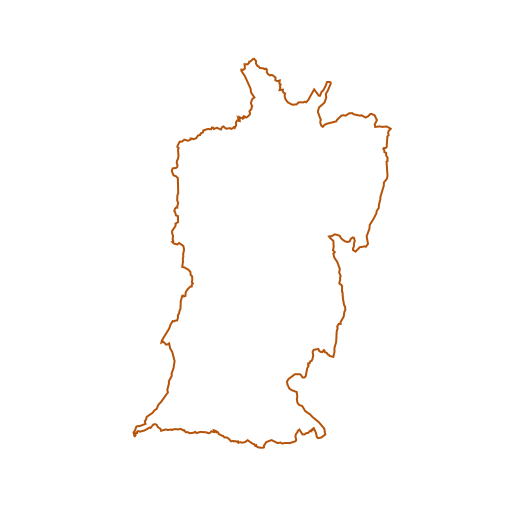 outline of Mawlaik, Sagaing, Myanmar, rotated 166°
{"feature_id": "60261553B47097675193132", "entity_name": "Mawlaik", "entity_type": "district", "adm_level": 2, "iso_a3": "MMR", "parent_name": "Myanmar", "parent_adm1": "Sagaing", "projection": "orthographic", "projection_center": [94.742, 23.948], "detail": "fine", "context": "isolated", "style": "outline", "palette": "amber", "viewbox_px": 512, "rotation_deg": 166, "n_neighbors": 0, "source": "geoboundaries", "source_scale": "gbopen_adm2", "svg_char_len": 6085}
<svg xmlns="http://www.w3.org/2000/svg" viewBox="0 0 512 512"><g transform="rotate(166 256 256)"><path d="M205.4,139.4L203.0,144.1L202.2,147.7L199.1,153.0L195.9,163.4L194.2,166.3L194.3,167.9L192.2,170.1L190.3,169.6L190.0,171.3L185.5,176.1L183.8,180.4L182.4,182.0L181.8,185.3L182.4,187.1L181.9,194.0L180.8,200.0L181.2,200.6L179.7,206.0L180.4,207.7L181.7,208.8L181.6,210.0L180.0,212.5L179.8,214.5L178.7,216.0L179.3,220.0L177.8,223.1L178.6,230.5L180.4,235.5L180.4,239.5L178.7,240.6L179.9,243.1L178.4,246.0L177.3,252.0L179.7,255.5L180.4,257.3L177.3,257.0L174.5,258.0L171.8,256.7L169.8,255.1L169.2,252.7L167.6,250.4L165.7,248.4L163.8,247.4L161.4,247.6L160.0,249.6L157.7,250.6L156.7,250.1L156.4,247.1L157.8,244.6L158.6,241.9L160.0,239.9L160.4,238.3L158.4,236.2L153.2,239.4L148.1,239.0L147.1,238.4L144.4,240.7L143.9,248.3L139.3,255.1L138.1,258.7L133.0,263.6L128.9,268.2L128.0,270.6L125.4,272.7L124.2,276.3L121.6,281.0L120.9,283.4L115.0,293.3L114.1,296.4L110.4,299.2L109.0,301.9L106.5,316.0L105.3,316.4L105.3,317.8L104.5,319.1L105.4,322.2L104.8,324.6L106.3,325.7L105.9,327.7L106.6,329.2L105.9,329.8L104.3,329.5L102.9,330.0L99.6,340.2L98.1,341.1L98.0,343.7L97.2,345.1L94.5,346.9L97.9,350.0L102.0,350.7L105.0,351.9L109.1,352.4L109.0,354.9L105.8,358.6L106.9,363.9L109.6,365.9L111.0,366.0L113.1,364.6L116.1,363.8L119.7,367.1L121.1,367.0L126.9,369.8L128.0,371.3L131.1,371.9L135.0,370.5L137.0,371.4L139.2,371.5L144.6,368.4L145.6,367.2L155.0,367.2L158.0,366.6L160.0,365.2L161.0,366.4L161.4,369.1L161.2,370.7L160.2,372.4L161.1,380.6L160.4,382.4L158.8,385.0L153.1,387.9L151.9,389.0L149.5,392.7L149.2,395.6L148.2,397.3L146.5,398.9L141.7,405.3L141.7,406.5L143.1,407.3L145.0,407.6L147.3,404.2L150.7,400.4L152.6,399.5L155.1,396.0L156.2,396.3L159.3,403.6L167.5,394.8L170.1,393.0L171.3,393.9L173.0,393.6L177.3,394.8L179.9,393.3L184.2,394.0L188.0,397.5L189.5,401.0L189.5,404.6L188.4,406.6L189.6,407.5L190.2,409.3L189.7,410.9L193.0,411.3L191.6,413.5L191.8,414.9L190.6,416.4L191.6,417.6L190.5,420.6L193.0,420.5L194.7,421.9L193.9,424.5L196.2,427.4L197.8,428.1L198.7,427.8L200.4,429.6L201.0,431.8L200.4,434.1L200.7,435.1L201.3,435.5L202.6,435.2L203.4,436.2L206.9,437.6L207.5,439.2L208.6,439.9L209.5,442.9L208.8,445.2L210.1,447.8L211.0,447.9L214.5,446.1L215.6,446.2L216.1,445.0L217.9,444.0L220.7,444.9L221.4,440.6L223.3,439.7L225.1,440.4L225.4,439.2L223.2,433.0L220.8,419.8L221.2,415.8L219.2,410.2L221.5,409.3L223.4,406.7L224.0,405.2L223.5,402.1L224.4,401.2L224.8,399.7L227.3,398.1L227.3,395.5L228.2,394.5L230.7,393.0L232.0,392.8L233.9,394.6L235.3,393.5L234.2,393.0L235.6,392.4L236.2,393.4L237.5,393.8L238.5,394.8L238.9,392.1L239.9,393.9L239.9,391.3L241.3,392.1L243.1,390.6L243.6,387.7L245.5,385.6L245.7,386.3L246.4,386.5L246.8,385.8L249.3,385.3L250.1,386.3L254.3,386.8L256.3,389.6L257.8,389.2L259.4,387.2L263.0,389.9L266.2,389.4L266.6,391.0L267.7,391.3L269.0,389.8L271.9,390.9L276.7,390.6L277.7,388.7L280.0,388.4L280.7,387.0L283.0,387.0L285.6,384.7L288.6,384.5L289.6,385.4L291.0,385.8L291.2,384.8L294.2,384.3L297.3,386.2L300.4,384.9L302.4,385.4L305.6,381.7L305.9,380.7L305.0,379.4L306.0,377.7L307.0,371.8L308.3,369.0L309.8,367.4L310.5,364.8L310.1,363.4L310.9,361.4L312.4,360.8L315.5,361.2L316.7,359.9L317.1,358.7L316.5,354.2L314.3,352.7L313.0,350.4L316.3,335.6L317.5,334.1L319.0,329.2L318.7,326.2L320.6,322.9L320.6,322.0L322.0,322.3L323.3,321.3L324.4,319.3L323.9,318.1L323.8,314.7L322.1,313.6L323.4,307.7L326.3,306.9L326.4,305.5L327.3,304.2L331.4,300.5L331.9,298.1L331.6,295.6L332.8,292.6L332.7,290.3L333.9,290.0L332.8,288.1L329.5,286.2L327.5,287.2L324.1,283.4L324.2,279.6L326.3,275.3L326.7,272.8L327.8,270.9L328.1,268.5L330.2,263.3L328.1,262.1L324.9,259.0L323.5,256.5L324.0,253.5L322.9,251.7L323.7,247.8L324.6,246.3L323.9,244.6L325.0,244.0L325.8,241.9L327.1,242.2L330.1,240.5L332.9,237.9L334.2,234.3L335.7,234.2L336.3,235.1L337.0,234.6L337.3,235.0L340.0,230.2L342.2,222.7L343.3,221.6L344.7,218.7L346.1,217.5L346.7,214.8L348.2,212.6L350.7,212.8L351.3,212.4L352.6,213.0L355.4,210.2L357.8,206.6L367.8,196.8L368.7,194.9L366.8,195.4L364.6,191.7L362.6,191.7L361.5,192.2L361.6,186.8L360.5,183.2L360.4,173.7L363.1,167.3L366.5,162.0L366.7,160.1L370.9,155.5L371.2,153.6L374.5,147.4L374.4,145.1L383.0,137.7L386.9,135.1L389.3,131.7L391.8,130.9L394.4,128.8L400.9,126.4L402.5,123.6L403.9,122.6L403.8,119.9L409.8,119.1L412.4,119.6L413.4,119.3L416.0,115.5L417.5,114.5L417.5,111.0L417.4,110.5L416.8,110.6L416.1,111.4L416.1,112.9L415.3,113.3L414.2,113.0L413.7,114.4L412.6,114.6L411.1,113.6L406.2,113.7L400.8,115.3L399.9,114.7L396.4,117.3L394.7,117.3L393.2,116.2L392.7,113.9L390.5,111.3L390.4,109.4L385.2,109.5L383.7,108.5L380.3,108.2L379.8,107.5L376.9,107.8L373.5,106.6L370.8,106.4L368.7,104.3L368.0,104.5L366.7,102.0L364.7,101.5L363.3,100.1L359.2,99.6L357.6,100.1L356.5,98.5L352.6,98.8L347.0,97.0L344.9,95.5L343.6,95.5L341.6,96.7L339.3,95.2L338.6,95.3L338.9,97.0L337.5,96.1L337.1,94.7L336.5,95.1L335.4,93.9L335.2,92.3L332.7,90.0L331.5,89.4L330.5,87.6L328.1,86.9L326.3,84.8L325.1,82.2L322.8,82.1L322.3,81.4L320.8,81.4L320.0,80.6L318.4,80.6L318.4,79.1L316.4,79.2L314.6,78.2L311.6,78.1L308.7,79.3L304.8,74.8L303.0,73.5L302.7,72.1L301.6,72.4L301.6,71.1L299.6,69.5L296.4,68.4L294.6,68.4L294.1,70.1L291.0,73.0L285.4,73.6L280.4,69.3L277.3,69.0L276.0,67.7L273.3,67.6L268.4,66.3L262.6,66.7L261.5,67.7L261.4,71.4L260.4,73.5L258.3,75.1L257.9,76.1L255.9,77.1L254.1,71.7L251.8,71.1L250.6,71.9L248.1,71.7L246.2,73.1L244.9,72.6L244.9,73.5L243.3,73.5L243.2,74.4L241.6,75.0L240.6,69.7L240.8,65.6L239.8,64.2L236.6,64.1L232.0,66.0L231.5,72.0L235.4,79.8L240.1,86.1L241.8,89.2L245.7,93.5L247.5,99.3L250.0,100.9L250.9,102.6L251.3,104.0L251.0,107.0L249.9,109.8L249.4,114.2L253.8,117.2L255.7,119.3L256.6,123.7L256.3,126.7L254.2,128.8L246.7,131.9L242.2,130.7L241.3,130.0L240.4,127.4L239.7,126.6L238.2,126.5L237.0,127.2L233.4,134.7L231.5,136.7L231.8,137.9L231.3,139.2L229.9,138.9L228.8,140.7L227.6,140.7L226.2,142.2L224.5,145.7L224.3,149.1L222.8,151.0L218.0,150.7L217.6,148.6L216.7,147.5L215.0,146.7L213.0,148.3L212.4,147.8L212.6,146.2L210.8,144.9L210.2,143.1L209.1,142.3L208.7,141.1L205.4,139.4Z" fill="none" stroke="#b45309" stroke-width="2"/></g></svg>